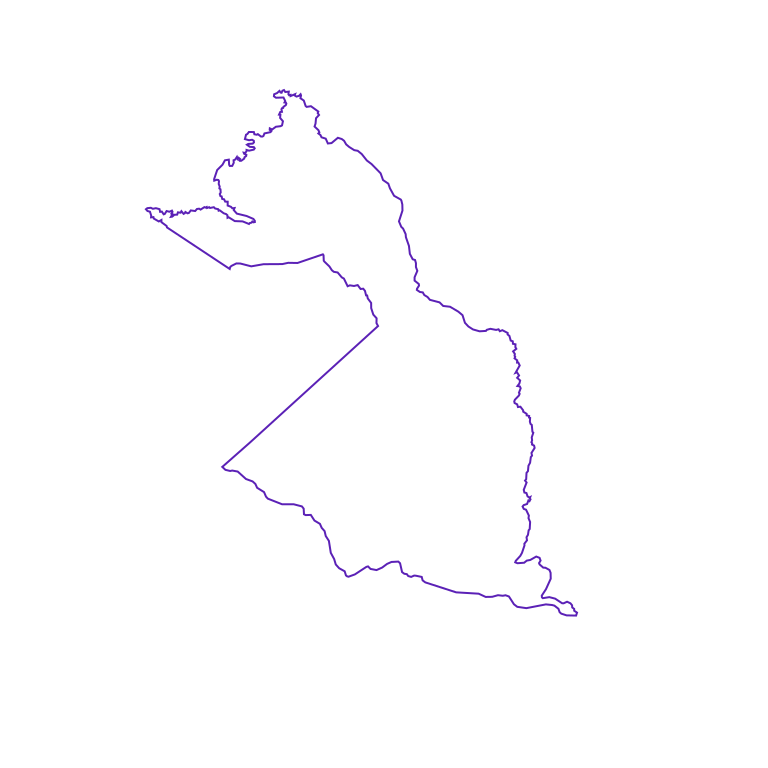 Barreiras, Bahia, Brazil (Equal Earth projection), rotated 39°
{"feature_id": "56859067B47709094289082", "entity_name": "Barreiras", "entity_type": "district", "adm_level": 2, "iso_a3": "BRA", "parent_name": "Brazil", "parent_adm1": "Bahia", "projection": "equal_earth", "projection_center": [-45.677, -12.014], "detail": "fine", "context": "isolated", "style": "outline", "palette": "violet", "viewbox_px": 768, "rotation_deg": 39, "n_neighbors": 0, "source": "geoboundaries", "source_scale": "gbopen_adm2", "svg_char_len": 6142}
<svg xmlns="http://www.w3.org/2000/svg" viewBox="0 0 768 768"><g transform="rotate(39 384 384)"><path d="M193.2,221.7L191.6,229.8L189.0,232.4L184.3,230.0L180.2,231.6L177.9,230.5L175.3,230.6L175.4,229.1L173.3,228.0L168.0,227.6L166.9,224.7L163.9,220.2L164.2,215.8L162.0,215.2L161.5,213.6L152.4,214.1L149.5,217.3L148.2,217.3L143.3,214.2L139.2,214.5L137.9,211.9L136.8,211.3L136.6,213.5L135.1,215.7L132.9,216.0L132.5,214.7L130.2,219.0L129.4,218.1L128.5,219.3L127.4,219.0L126.0,216.7L123.5,219.2L121.3,218.5L120.5,220.0L121.1,222.1L120.2,222.6L118.3,222.0L117.8,225.2L116.3,228.0L117.4,229.7L119.9,229.5L125.6,224.6L129.2,226.3L129.5,227.8L130.7,227.1L131.7,227.6L132.2,229.1L131.4,231.9L131.9,232.9L131.2,233.8L131.4,235.0L133.4,236.7L132.2,237.9L132.9,240.7L134.0,239.9L135.8,242.6L140.1,243.4L142.0,247.2L141.4,248.7L138.1,252.1L136.9,256.6L134.4,257.2L135.2,258.4L137.3,258.4L137.3,259.7L133.4,264.5L134.2,267.1L133.8,268.2L132.7,269.1L128.7,269.2L128.3,270.3L126.1,271.5L124.3,270.1L120.4,273.2L120.5,275.7L119.9,277.1L121.8,281.2L125.7,279.5L127.8,277.2L129.7,276.9L130.9,278.1L130.7,279.8L127.4,282.9L126.9,284.3L130.5,284.1L133.8,281.8L135.2,282.2L135.3,283.8L132.3,287.6L129.9,288.6L130.6,289.4L130.8,291.7L129.4,292.5L130.5,293.1L132.8,292.5L133.4,293.6L132.9,295.6L133.5,296.8L132.6,300.3L131.5,301.3L130.6,301.2L130.5,299.7L128.5,299.7L128.5,301.2L126.8,300.1L127.1,303.3L126.3,304.8L128.0,306.6L128.8,310.0L126.9,311.6L125.7,311.1L122.2,307.3L119.6,310.3L120.5,315.2L119.7,322.7L123.1,331.8L124.1,332.8L125.5,330.5L126.9,329.7L128.1,330.2L129.7,332.6L132.0,333.9L133.0,335.6L134.4,335.6L136.6,338.0L136.8,339.7L138.6,340.9L139.8,340.4L141.8,342.0L143.5,341.1L145.8,342.2L147.8,340.7L150.2,343.7L153.6,342.6L155.6,342.9L157.1,341.3L157.8,343.4L162.4,344.2L171.5,339.9L178.6,337.9L180.9,338.5L181.7,339.4L180.8,340.5L179.4,340.6L179.5,342.0L178.4,343.4L178.4,344.6L171.8,346.6L165.5,351.3L158.3,352.2L157.8,353.3L156.1,351.4L154.4,351.3L152.0,352.2L147.0,352.4L146.4,353.4L145.1,352.5L142.3,353.9L140.5,353.7L138.0,356.7L136.9,356.6L135.7,358.6L134.8,358.0L134.2,359.3L133.1,359.6L131.7,363.9L130.0,364.1L128.5,365.7L128.4,368.4L124.6,370.7L124.7,373.9L123.9,375.0L121.4,375.3L121.7,376.6L121.2,377.9L117.8,377.2L118.1,378.9L115.8,380.3L116.7,382.5L114.6,384.4L114.1,387.2L113.2,388.2L112.7,385.1L111.6,385.4L111.3,383.3L110.1,382.7L108.8,385.2L106.2,386.4L106.6,389.9L106.0,390.8L102.8,389.8L101.7,391.1L99.5,389.4L96.1,390.9L94.1,393.3L91.9,393.8L89.4,396.3L89.0,398.0L91.3,398.4L93.7,397.4L97.2,399.7L98.1,401.1L99.8,399.4L101.0,400.3L106.7,399.4L107.8,396.6L109.2,398.3L115.6,398.0L116.8,398.9L191.7,391.7L190.9,390.0L191.1,388.3L193.4,383.2L196.5,380.8L206.8,376.1L215.0,366.7L229.5,354.8L233.3,350.1L240.6,344.4L254.9,321.7L256.0,322.0L259.6,326.1L260.8,326.4L267.6,327.0L271.9,328.4L274.4,328.4L277.8,326.5L284.1,327.7L286.5,327.3L294.2,330.9L295.4,328.8L299.0,326.7L301.3,323.7L306.0,324.9L307.9,323.0L310.6,323.6L314.3,326.4L315.2,325.8L317.5,327.7L323.0,329.1L326.3,333.1L332.0,336.8L336.9,337.6L339.8,341.4L342.9,342.7L316.6,514.2L310.5,550.2L314.8,550.5L319.2,548.4L320.5,546.8L325.4,544.1L336.5,544.7L343.2,542.4L346.9,542.6L350.7,544.5L358.8,543.5L363.2,545.8L365.9,546.2L380.5,541.6L389.5,534.3L397.2,530.8L400.0,531.4L403.8,535.6L405.6,535.2L409.5,531.8L415.9,533.9L422.2,533.0L426.1,535.0L430.4,535.7L434.4,538.8L439.9,540.6L448.9,548.7L455.4,551.4L460.1,554.6L465.1,555.4L471.3,554.3L474.9,556.7L476.3,556.7L477.7,556.1L481.2,550.3L485.4,537.2L486.4,535.8L489.9,536.2L495.3,533.3L498.1,527.8L499.6,521.9L501.8,517.6L506.9,513.0L509.3,513.2L516.4,518.8L519.2,518.7L521.4,517.4L523.7,518.0L526.5,516.8L528.0,513.9L529.3,513.0L534.7,510.2L537.6,512.3L540.9,512.2L571.2,500.5L589.5,487.4L597.0,485.5L602.0,481.3L605.5,476.4L609.6,473.8L611.4,471.7L614.8,470.5L623.6,473.4L627.8,473.3L635.7,468.6L648.5,453.4L653.7,450.0L655.9,449.0L661.0,448.9L664.1,450.8L666.3,450.9L671.5,448.9L679.0,443.1L677.9,440.2L674.5,440.5L673.3,439.1L670.9,439.2L669.4,437.6L666.9,437.1L663.3,438.0L661.6,441.4L660.4,442.3L652.1,443.1L646.6,445.6L642.2,450.5L641.0,450.4L639.8,449.2L639.0,441.5L636.1,430.4L632.3,425.9L629.6,424.4L625.1,425.2L623.3,426.5L618.5,426.3L617.2,425.6L616.8,422.7L614.3,421.2L610.9,422.3L608.4,428.7L606.1,431.4L605.4,434.7L600.5,439.3L598.2,440.0L597.7,438.5L598.1,431.8L597.5,428.4L594.8,421.1L593.6,419.8L593.5,415.5L591.2,413.4L590.8,410.6L588.5,406.7L588.5,405.0L584.4,399.3L580.7,397.3L579.4,395.1L573.5,392.3L571.2,393.1L568.8,392.0L568.8,390.2L570.7,387.2L569.5,383.6L570.8,383.5L570.4,381.4L569.2,381.1L568.8,379.8L568.3,380.8L566.3,381.0L563.3,379.1L561.4,380.0L559.2,378.3L556.8,370.8L554.4,370.3L554.4,368.5L550.7,363.4L550.7,361.1L547.7,356.6L547.1,353.3L544.1,348.4L544.1,346.5L542.0,344.8L541.3,338.9L539.4,337.4L537.1,337.9L536.5,336.8L535.2,336.5L534.6,334.6L532.4,332.5L530.7,327.9L529.4,327.7L524.6,322.8L523.0,322.8L521.1,321.5L518.9,318.4L517.8,318.8L516.9,317.5L514.6,318.6L513.6,317.4L509.6,317.9L508.7,316.9L504.3,315.8L502.6,317.6L500.3,316.0L497.5,316.6L496.2,315.6L495.6,313.8L496.1,308.1L495.6,306.3L494.4,305.9L492.9,301.3L491.1,300.4L489.0,301.6L488.9,298.4L487.6,295.6L483.6,295.4L483.6,292.4L479.9,291.2L479.2,292.5L477.8,284.2L474.8,282.8L473.9,283.6L472.6,281.8L469.3,281.9L468.9,280.3L467.7,279.9L466.8,278.3L463.8,277.4L464.7,273.4L462.9,272.7L461.2,270.4L458.9,271.6L457.2,269.8L455.1,270.5L451.2,267.7L448.9,267.7L448.0,266.5L442.1,267.7L440.8,270.1L438.6,269.4L437.1,271.4L431.9,274.2L429.8,277.2L429.8,278.6L425.1,282.9L418.8,285.6L413.4,286.2L408.4,285.5L401.7,281.1L396.2,281.0L386.7,282.4L380.9,286.1L375.8,285.6L366.7,289.7L363.1,289.0L359.3,289.5L356.5,288.4L354.0,289.9L350.3,290.2L349.7,289.2L349.3,285.5L348.1,284.4L342.7,284.4L340.6,281.8L338.7,275.1L335.2,273.0L332.8,270.0L330.1,268.1L327.8,269.0L322.2,266.6L316.5,261.0L308.6,256.1L306.5,253.9L301.0,251.2L298.5,251.0L293.3,248.2L289.2,237.6L285.3,233.0L282.2,230.6L281.0,230.1L273.4,231.4L265.5,228.2L261.3,225.6L254.9,226.1L248.8,222.4L235.9,220.9L230.0,221.1L222.0,219.3L216.8,219.3L213.7,221.0L207.7,221.7L203.8,221.6L199.9,220.1L197.0,220.2L193.2,221.7Z" fill="none" stroke="#5b21b6" stroke-width="2"/></g></svg>